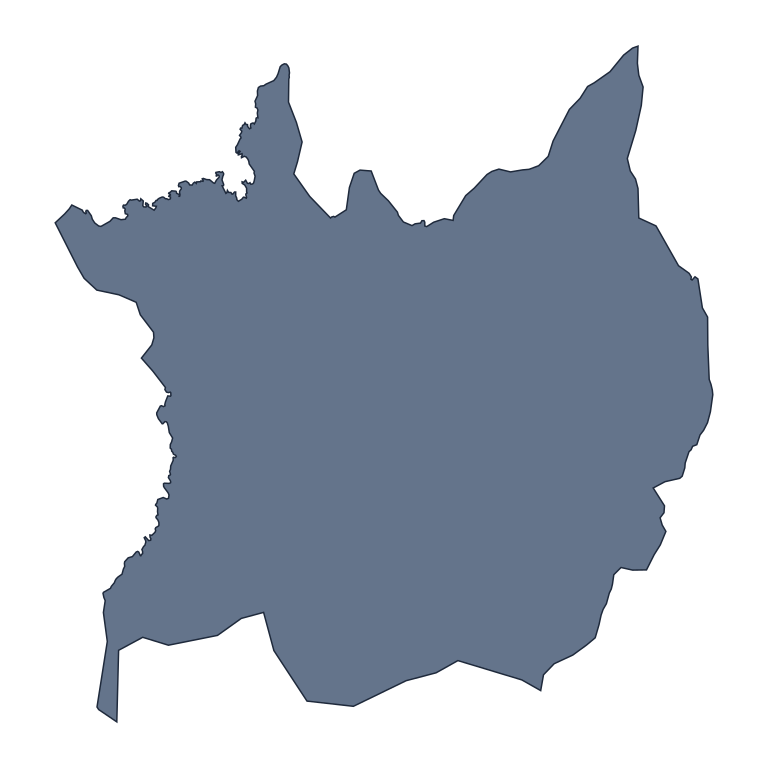 Geidam, Yobe, Nigeria (Equal Earth projection)
{"feature_id": "59680162B70118559758614", "entity_name": "Geidam", "entity_type": "district", "adm_level": 2, "iso_a3": "NGA", "parent_name": "Nigeria", "parent_adm1": "Yobe", "projection": "equal_earth", "projection_center": [11.91, 12.702], "detail": "fine", "context": "isolated", "style": "filled", "palette": "slate", "viewbox_px": 768, "rotation_deg": 0, "n_neighbors": 0, "source": "geoboundaries", "source_scale": "gbopen_adm2", "svg_char_len": 6082}
<svg xmlns="http://www.w3.org/2000/svg" viewBox="0 0 768 768"><path d="M709.2,379.4L707.8,345.1L707.6,317.1L702.4,307.9L697.9,278.9L695.0,276.8L692.1,280.0L690.9,279.2L691.4,277.0L689.1,273.3L678.5,265.7L656.0,225.9L638.8,218.0L638.0,188.5L635.5,179.0L630.3,171.0L627.3,158.5L635.8,130.4L641.3,105.5L643.1,87.0L638.8,75.2L637.4,63.3L638.0,46.1L632.5,48.1L623.6,55.1L610.0,71.7L594.2,82.8L587.6,86.5L580.1,98.3L569.4,109.4L553.1,141.0L548.2,156.4L538.7,165.7L529.1,169.3L522.5,169.9L510.5,171.9L498.9,169.1L491.9,171.4L487.0,174.5L474.3,188.1L465.7,195.6L453.7,215.5L453.1,220.4L444.3,218.7L433.7,222.2L426.7,226.6L424.8,226.0L424.8,222.2L424.0,220.6L421.9,220.7L420.5,223.1L415.1,223.8L412.0,225.6L403.4,222.0L398.4,215.4L397.4,212.1L388.4,200.8L380.7,193.4L378.5,190.1L371.2,171.0L360.0,170.1L354.2,173.3L349.4,187.5L346.3,209.8L334.9,217.1L333.7,216.4L331.6,217.0L330.5,218.0L309.7,196.4L293.8,173.9L297.5,161.7L302.1,142.0L296.4,122.4L288.5,102.1L288.8,79.1L289.3,77.3L289.1,75.1L289.5,72.9L288.9,68.0L287.8,65.8L286.4,64.1L284.3,63.8L281.8,65.1L280.2,66.7L278.1,73.6L276.5,77.2L273.8,80.6L265.9,84.2L263.8,85.7L260.5,86.1L258.4,87.5L257.4,91.0L257.6,95.6L255.0,101.2L255.7,104.0L255.4,107.2L257.1,108.1L257.9,110.0L257.3,113.1L257.9,117.7L257.3,117.5L256.1,118.2L255.8,121.1L254.3,124.0L253.5,123.1L252.3,123.1L250.7,124.0L250.4,126.1L250.9,128.0L249.5,128.8L247.6,126.4L247.5,124.6L246.1,124.5L245.0,122.8L244.1,124.6L242.6,125.4L241.9,128.1L240.6,128.1L240.1,129.3L241.8,131.1L241.4,132.7L239.5,135.4L240.8,136.9L241.0,138.0L240.1,138.9L237.4,144.8L235.7,147.3L236.0,152.4L237.0,153.1L239.1,150.7L240.1,151.4L238.2,154.1L238.3,154.9L242.0,153.7L242.2,155.4L241.4,156.4L241.5,157.7L244.3,156.3L246.2,157.0L248.0,159.4L248.8,161.4L249.2,164.0L254.4,171.4L254.0,173.0L255.1,176.2L254.2,180.9L253.6,182.9L252.7,183.9L250.9,184.3L250.0,182.7L248.9,183.5L247.4,183.3L245.7,180.2L243.6,182.3L242.1,181.8L242.2,183.4L244.7,185.0L246.6,188.2L246.6,191.7L247.0,193.0L246.1,193.6L245.8,194.7L246.6,197.5L246.3,198.2L243.9,197.1L243.3,197.3L241.8,199.2L238.4,201.3L236.7,199.5L236.8,198.2L235.7,195.9L235.7,192.0L234.5,192.0L232.9,194.0L232.1,194.2L230.9,192.5L228.6,192.4L227.4,190.4L226.8,192.8L225.9,193.4L222.1,185.8L223.5,185.6L223.7,184.5L222.0,179.9L222.8,176.4L223.6,174.6L223.6,173.4L222.4,171.7L221.0,172.5L219.5,171.7L218.3,171.9L215.9,172.4L215.7,173.0L216.5,174.1L216.2,175.9L216.8,176.1L217.4,175.1L218.4,175.1L219.2,176.0L219.1,177.2L216.5,180.0L214.7,183.3L213.4,182.9L209.6,179.7L206.7,179.6L203.2,178.4L202.2,178.9L203.2,180.4L203.0,181.3L200.9,180.9L200.5,181.7L196.7,181.9L196.3,183.4L194.9,182.1L193.4,183.1L192.1,185.1L189.6,184.9L188.7,183.1L186.2,181.2L185.1,181.1L179.1,183.2L178.4,185.5L178.8,186.7L180.1,186.5L181.3,187.7L181.3,188.7L179.8,190.9L179.5,191.9L180.0,194.9L179.6,196.3L179.1,196.3L179.4,194.9L179.0,194.4L176.6,193.3L176.4,191.9L175.9,191.2L171.7,190.8L170.2,192.3L169.0,192.7L168.7,193.6L170.3,194.4L170.4,195.1L169.0,195.8L168.8,196.4L170.5,197.1L170.4,198.7L169.8,199.2L168.2,199.6L166.9,198.8L165.4,198.7L163.6,197.2L162.2,197.0L159.3,198.2L157.5,199.5L157.1,200.4L156.0,200.5L154.8,202.3L152.7,203.4L152.6,205.8L156.4,206.3L155.7,208.1L154.1,210.2L148.1,206.5L148.6,204.9L146.8,203.2L145.7,203.0L145.5,204.3L146.6,205.9L146.0,207.0L143.8,206.9L142.8,205.7L143.3,201.0L140.8,198.8L140.4,200.8L139.4,201.1L137.2,199.2L131.3,200.1L130.1,199.7L128.5,201.2L126.9,204.0L125.4,205.2L123.5,205.1L122.9,206.2L123.2,207.9L124.4,208.0L125.2,209.2L124.8,210.9L125.3,213.7L127.6,214.4L127.8,215.9L126.1,217.7L125.4,219.2L121.0,219.7L115.5,217.8L113.2,217.8L110.0,221.3L101.0,226.4L98.7,226.0L94.7,222.9L92.3,219.2L91.3,215.7L87.6,210.4L86.3,210.4L85.8,211.3L86.3,213.1L85.7,213.7L83.9,212.7L82.9,211.6L82.4,210.2L71.8,205.0L69.3,208.8L64.6,214.0L55.2,222.8L77.5,266.9L84.1,278.3L96.8,290.1L118.9,294.8L136.2,302.3L140.3,314.8L153.5,332.2L153.9,337.8L151.8,344.9L141.4,358.1L152.8,371.1L165.4,387.5L164.9,389.6L166.5,392.1L168.4,392.6L170.2,392.1L170.8,392.8L170.9,395.6L170.5,396.2L167.8,395.9L165.5,401.7L164.8,404.5L165.0,405.8L163.4,406.6L161.5,405.7L160.3,406.1L156.7,412.9L156.8,414.8L158.4,418.7L162.2,423.8L163.0,423.7L164.9,421.6L166.4,421.8L167.3,422.9L168.3,426.3L169.3,432.6L172.6,438.0L171.6,441.9L170.3,444.5L170.2,448.1L171.4,449.2L171.7,451.2L172.8,452.3L173.4,454.1L175.8,455.4L176.3,456.6L175.0,457.7L173.7,457.2L173.1,457.6L173.2,460.3L170.7,466.0L170.5,469.3L169.6,471.3L170.5,474.3L170.3,474.9L168.8,475.6L168.4,477.6L170.4,480.8L170.7,482.0L170.5,482.8L169.2,483.4L164.3,483.2L163.5,483.8L163.6,486.3L164.3,487.7L168.1,492.8L169.0,495.0L168.5,498.3L166.7,499.0L163.2,497.5L157.8,499.5L156.8,503.2L155.7,504.4L155.5,505.2L157.4,507.0L157.7,508.2L157.5,511.7L158.0,514.9L156.9,515.3L156.0,516.6L156.0,517.7L157.9,520.0L158.9,522.5L158.9,525.3L158.5,526.0L155.8,527.6L155.2,528.9L155.7,530.7L154.9,532.4L151.8,535.3L149.9,535.0L150.1,537.4L150.9,538.7L150.6,540.3L148.7,540.6L145.3,536.8L144.2,537.7L145.6,540.6L145.8,542.1L144.9,545.2L143.6,546.5L141.9,549.5L142.6,551.5L142.6,553.6L141.7,554.3L140.8,555.8L140.3,555.6L138.8,552.1L137.7,551.4L136.2,552.0L132.4,556.6L128.2,557.8L124.7,561.7L124.4,563.4L124.7,566.4L123.4,569.0L122.0,574.2L118.0,577.0L116.3,578.7L115.3,580.3L114.3,582.8L111.3,586.4L110.5,588.3L103.5,592.3L103.0,593.3L103.9,597.5L105.2,600.7L103.4,612.5L107.3,641.5L97.0,707.0L98.7,709.6L116.8,721.9L118.6,650.3L142.7,637.3L168.4,645.2L217.5,635.4L241.3,618.4L263.6,612.4L273.9,650.6L307.0,701.1L353.4,706.3L406.1,680.7L436.1,672.8L457.9,660.6L521.8,679.9L540.7,690.6L543.5,674.8L554.2,663.7L572.9,655.0L586.7,644.9L595.2,637.8L599.0,624.7L601.1,615.1L603.1,609.4L606.4,603.7L609.3,593.1L611.3,589.0L612.5,584.0L613.8,574.7L621.0,567.5L632.6,570.1L646.5,569.9L654.2,554.6L660.3,544.9L665.9,531.4L662.2,525.0L660.1,517.8L664.0,512.7L664.5,505.8L653.2,488.0L665.0,481.7L679.8,478.3L682.2,476.2L684.8,467.9L685.2,463.0L689.0,451.7L691.1,449.8L692.6,446.3L696.8,444.7L700.0,435.0L703.6,430.3L707.5,422.7L710.4,411.8L712.8,394.7L712.3,390.0L711.0,384.4L709.2,379.4Z" fill="#64748b" stroke="#1e293b" stroke-width="1.5"/></svg>